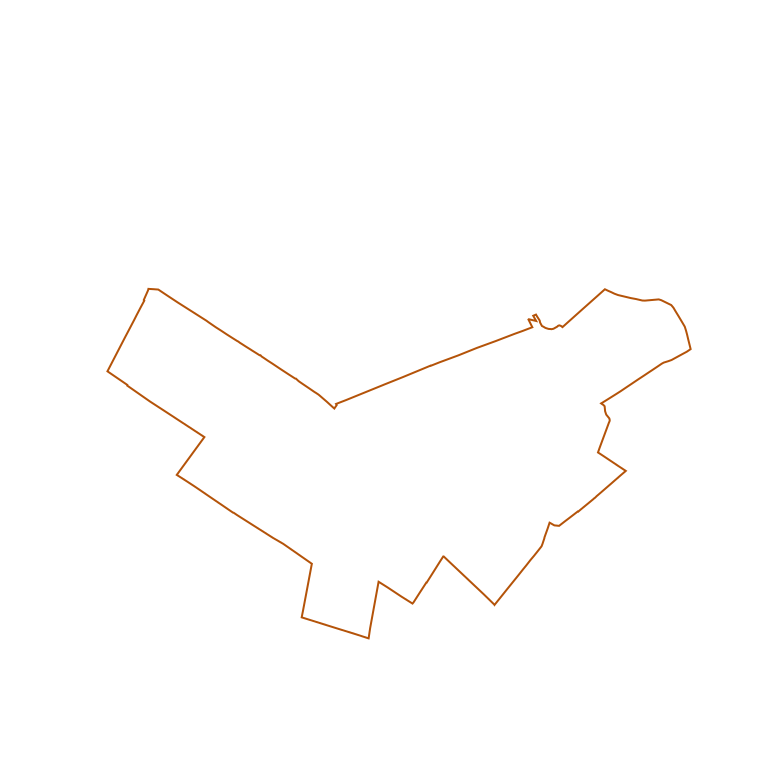 Bordei Verde, Braila, Romania, rotated 217°
{"feature_id": "2599482B17606250456703", "entity_name": "Bordei Verde", "entity_type": "district", "adm_level": 2, "iso_a3": "ROU", "parent_name": "Romania", "parent_adm1": "Braila", "projection": "robinson", "projection_center": [27.573, 45.04], "detail": "fine", "context": "isolated", "style": "outline", "palette": "amber", "viewbox_px": 768, "rotation_deg": 217, "n_neighbors": 0, "source": "geoboundaries", "source_scale": "gbopen_adm2", "svg_char_len": 3142}
<svg xmlns="http://www.w3.org/2000/svg" viewBox="0 0 768 768"><g transform="rotate(217 384 384)"><path d="M510.5,331.3L517.4,330.7L521.6,330.4L523.8,330.2L524.1,330.2L524.7,330.2L526.1,330.2L526.4,330.1L527.0,330.0L532.9,329.5L539.3,329.0L545.9,328.6L549.9,328.3L552.4,328.1L561.6,327.7L563.7,327.7L597.6,325.0L610.4,324.2L621.1,323.6L625.3,320.9L627.4,319.5L629.4,318.2L629.1,317.5L628.8,316.8L626.4,306.5L625.6,306.3L624.7,300.4L624.5,299.1L623.0,290.0L622.1,285.0L619.8,271.0L619.0,266.0L612.5,227.7L588.4,228.8L588.1,228.2L560.2,229.2L539.9,230.6L495.5,233.5L494.8,186.7L484.3,187.5L473.9,188.2L427.1,190.4L426.6,190.7L422.6,190.9L379.9,194.3L368.3,195.7L333.4,197.0L333.2,196.5L321.8,173.5L312.4,154.5L309.3,148.1L309.0,148.2L303.4,150.2L284.0,157.1L269.2,162.4L255.3,167.4L243.7,171.4L243.2,171.6L248.2,180.8L269.3,222.8L267.1,223.0L258.7,223.7L257.0,223.8L250.5,224.2L242.1,224.7L229.1,225.8L229.0,227.4L230.0,240.6L230.0,240.8L230.7,250.9L230.4,251.0L231.3,262.2L231.4,263.4L232.0,270.5L232.5,276.5L232.9,281.9L232.5,282.2L226.5,281.5L222.1,281.0L211.2,279.8L188.8,277.3L188.7,277.3L177.9,276.1L163.0,274.2L162.8,274.1L162.6,280.5L162.4,286.8L162.2,293.8L162.0,299.8L161.8,305.6L161.6,311.7L161.4,319.7L161.2,324.6L161.1,330.9L161.1,331.5L160.8,336.9L160.6,344.0L160.5,349.2L161.2,351.7L163.1,357.3L163.5,358.0L166.3,367.0L168.3,372.9L167.8,373.0L162.9,373.6L158.8,376.1L156.6,384.2L155.6,387.7L154.6,391.3L152.5,398.9L152.1,398.9L151.4,402.0L147.5,418.2L147.3,419.4L147.0,420.1L146.7,422.3L146.6,422.8L146.5,423.2L142.9,439.9L140.1,453.3L138.6,460.1L147.8,459.5L157.1,459.0L169.2,458.3L171.9,458.1L172.4,459.7L173.3,462.5L177.8,477.5L181.2,488.8L181.3,489.5L181.6,490.4L182.0,491.0L183.3,492.1L188.1,493.3L191.0,495.3L194.4,499.0L196.0,499.3L198.2,499.2L198.9,499.2L198.2,500.9L195.2,508.7L192.6,515.5L190.7,520.6L188.5,527.0L186.2,533.6L183.9,540.3L181.5,547.0L179.2,553.6L178.4,555.8L176.1,562.4L174.4,567.4L173.5,569.4L170.7,573.3L168.8,576.2L163.5,587.9L161.6,592.0L160.1,596.4L168.0,602.8L171.6,605.8L174.8,608.3L178.3,610.8L182.4,612.5L190.0,615.6L195.1,617.6L198.7,619.1L202.1,619.9L213.0,617.8L215.5,616.9L225.6,607.8L227.8,606.2L233.9,603.5L238.5,601.2L250.6,595.9L254.3,594.8L257.8,594.1L261.2,593.3L264.6,592.6L266.5,583.0L270.7,562.1L275.7,536.8L276.0,536.8L276.9,537.0L279.0,536.5L279.6,535.9L280.0,535.2L280.2,534.0L281.9,530.1L283.2,528.6L284.1,528.1L285.0,527.5L285.8,527.0L288.9,525.9L289.1,525.9L291.0,525.7L292.8,525.4L296.3,527.0L297.9,528.4L302.0,529.9L304.4,530.9L305.9,528.3L300.4,525.9L307.3,522.9L307.4,522.4L299.7,518.6L305.4,509.5L309.8,502.8L315.5,493.7L320.7,485.4L331.6,468.6L341.8,451.7L352.6,434.9L357.6,426.7L357.8,426.8L362.8,418.3L373.0,401.0L383.9,383.0L384.0,382.8L404.7,348.2L410.3,339.2L409.1,338.7L408.9,334.5L414.6,335.0L418.7,335.4L427.8,336.0L429.4,336.1L430.3,336.1L433.8,335.9L434.1,335.8L441.0,335.5L448.9,335.1L453.4,334.9L455.0,335.0L457.5,335.3L458.1,334.9L459.2,334.8L465.9,334.3L470.4,334.0L476.6,333.6L485.6,333.1L490.9,332.7L495.3,332.5L498.5,332.3L499.6,332.6L500.1,332.6L500.6,332.1L504.4,331.8L510.1,331.3L510.5,331.3Z" fill="none" stroke="#b45309" stroke-width="2"/></g></svg>